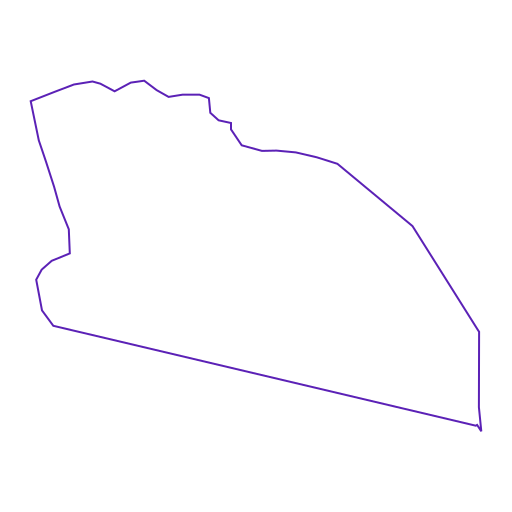 outline of Asomatos Lemesou, Cyprus
{"feature_id": "46923920B94310568342837", "entity_name": "Asomatos Lemesou", "entity_type": "district", "adm_level": 2, "iso_a3": "CYP", "parent_name": "Cyprus", "parent_adm1": "", "projection": "equal_earth", "projection_center": [32.967, 34.63], "detail": "fine", "context": "isolated", "style": "outline", "palette": "violet", "viewbox_px": 512, "rotation_deg": 0, "n_neighbors": 0, "source": "geoboundaries", "source_scale": "gbopen_adm2", "svg_char_len": 648}
<svg xmlns="http://www.w3.org/2000/svg" viewBox="0 0 512 512"><path d="M481.3,431.3L478.9,407.2L479.1,331.8L477.9,330.0L412.5,226.1L337.4,163.8L316.8,157.3L295.8,152.4L276.5,150.6L262.0,150.9L241.7,145.3L231.0,129.4L231.0,123.0L218.6,120.3L210.3,112.8L208.9,98.1L199.6,94.7L190.9,94.7L182.4,94.7L168.6,96.9L156.6,90.1L144.2,80.7L137.3,81.7L130.8,82.6L114.6,91.3L100.4,83.7L92.5,81.5L73.9,84.5L55.0,91.7L30.7,101.2L38.8,140.4L42.2,150.4L46.1,162.0L54.1,186.8L59.6,206.5L68.8,229.3L69.8,253.4L51.7,260.8L41.7,269.6L36.2,279.7L40.0,299.8L42.0,310.4L53.3,325.8L475.8,425.7L477.1,424.9L481.3,431.3Z" fill="none" stroke="#5b21b6" stroke-width="2"/></svg>